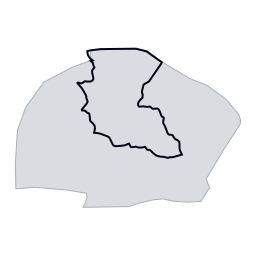 Manzini on a map of eSwatini (Natural Earth projection), rotated 90°
{"feature_id": "SWZ-536", "entity_name": "Manzini", "entity_type": "District", "adm_level": 1, "iso_a3": "SWZ", "parent_name": "eSwatini", "parent_adm1": "", "projection": "natural_earth1", "projection_center": [31.309, -26.515], "detail": "medium", "context": "in_parent", "style": "outline", "palette": "ink", "viewbox_px": 256, "rotation_deg": 90, "n_neighbors": 0, "source": "natural_earth", "source_scale": "10m", "svg_char_len": 2363}
<svg xmlns="http://www.w3.org/2000/svg" viewBox="0 0 256 256"><g transform="rotate(90 128 128)"><path d="M187.9,46.2L190.3,48.3L201.3,54.9L202.2,68.1L201.1,83.2L198.9,92.7L199.7,102.2L203.2,117.0L206.6,127.1L207.3,173.0L203.6,170.9L196.8,168.9L193.2,169.8L189.9,190.4L187.3,221.0L188.8,240.1L163.1,240.6L130.6,238.6L107.3,230.3L82.2,212.2L67.3,184.0L60.7,166.2L51.6,165.2L50.1,162.2L49.3,140.5L49.4,117.8L51.1,111.7L68.0,83.8L78.5,66.4L85.1,49.5L99.3,29.8L114.6,17.2L120.3,15.4L124.2,15.9L151.1,33.2L178.7,49.7L184.7,47.8L187.9,46.2Z" fill="#d9dde1" stroke="#a8b0b8" stroke-width="1"/><path d="M51.1,168.6L50.3,165.2L49.1,155.4L48.7,120.2L51.3,109.4L62.3,94.2L63.8,94.9L81.4,107.0L82.1,108.0L84.0,111.6L84.5,112.2L85.2,112.6L91.3,114.0L92.5,114.1L94.3,113.4L95.3,113.3L97.5,113.5L97.9,113.7L99.5,115.4L102.0,117.4L103.5,117.9L104.8,117.9L105.8,117.6L106.4,117.1L106.7,116.5L106.3,113.0L106.9,109.1L106.6,107.0L106.6,106.2L107.0,105.5L108.3,104.0L108.7,103.3L108.9,102.4L108.5,99.4L108.6,98.7L109.3,97.4L111.3,96.3L116.0,94.5L116.7,93.9L117.0,93.3L117.6,92.4L118.1,92.2L122.3,92.9L123.4,92.7L126.1,91.1L133.1,88.4L133.9,87.9L134.5,87.1L135.0,84.1L135.3,83.4L137.7,82.0L138.8,81.1L139.5,80.1L140.1,78.5L141.7,76.9L143.4,76.5L148.2,76.5L150.6,76.0L154.6,74.1L157.0,82.5L157.3,85.3L157.2,86.2L157.9,88.1L156.9,91.9L156.6,95.5L156.2,97.7L155.4,99.9L153.1,102.9L150.8,105.1L150.0,106.2L149.8,108.4L149.4,109.1L147.2,110.6L146.9,111.0L147.6,114.7L147.5,118.0L146.8,119.4L146.7,120.5L147.2,123.7L147.1,124.9L146.4,125.5L144.2,126.6L143.6,127.1L143.8,127.9L144.8,129.8L145.3,131.3L145.9,135.7L146.2,140.9L145.7,142.1L144.9,143.0L137.9,146.5L136.9,147.5L136.5,148.2L133.7,155.6L133.0,159.0L132.8,161.9L128.1,161.0L125.6,161.5L123.7,162.8L121.2,165.5L120.1,165.9L114.5,166.5L113.7,166.9L113.2,167.3L113.1,167.9L112.5,169.2L111.3,170.1L110.6,171.4L110.4,174.0L110.0,174.1L109.2,173.9L103.8,169.5L102.5,168.7L101.2,168.4L98.9,169.4L97.9,169.7L96.6,169.7L95.0,170.2L88.6,173.9L83.3,178.4L82.8,178.5L82.6,178.1L82.7,177.4L83.4,174.8L83.3,174.2L81.3,171.1L81.2,170.6L81.6,168.9L81.5,165.6L81.3,164.8L80.9,164.1L79.9,163.0L78.8,162.7L77.7,162.7L73.5,163.7L70.8,163.9L69.4,163.2L68.1,162.0L67.6,161.6L67.3,161.6L67.2,161.9L66.6,162.2L62.6,163.3L61.0,165.3L60.4,163.3L59.0,165.2L57.2,166.8L55.1,168.0L53.2,168.5L51.1,168.6Z" fill="none" stroke="#020617" stroke-width="2"/></g></svg>